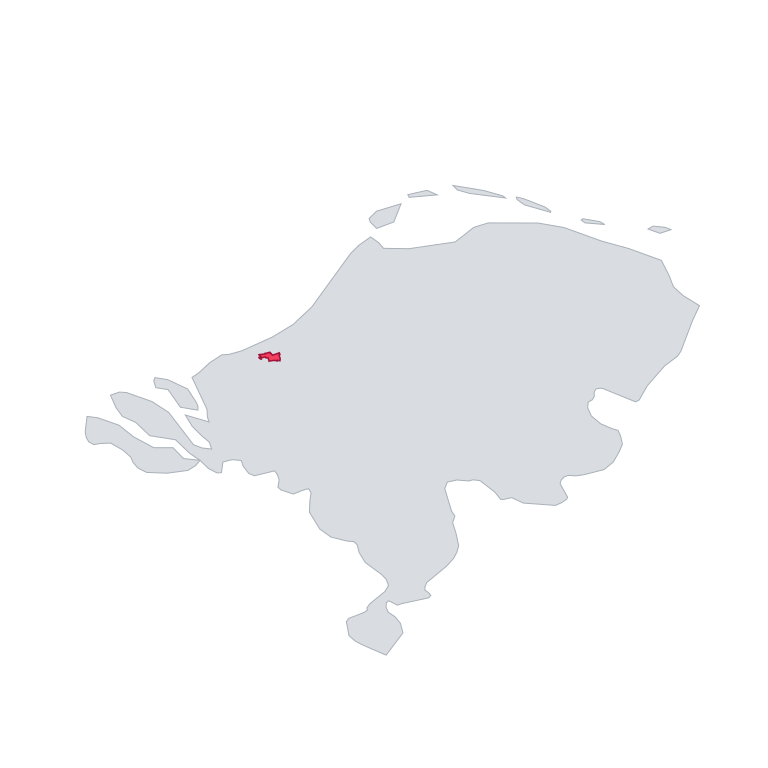 location of Leidschendam-Voorburg, Zuid-Holland, Netherlands, rotated 22°
{"feature_id": "6326949B15428140131776", "entity_name": "Leidschendam-Voorburg", "entity_type": "district", "adm_level": 2, "iso_a3": "NLD", "parent_name": "Netherlands", "parent_adm1": "Zuid-Holland", "projection": "robinson", "projection_center": [4.405, 52.093], "detail": "fine", "context": "in_parent", "style": "filled", "palette": "rose", "viewbox_px": 768, "rotation_deg": 22, "n_neighbors": 0, "source": "geoboundaries", "source_scale": "gbopen_adm2", "svg_char_len": 5568}
<svg xmlns="http://www.w3.org/2000/svg" viewBox="0 0 768 768"><g transform="rotate(22 384 384)"><path d="M487.5,634.6L473.4,634.3L460.2,633.9L453.2,633.0L445.7,630.4L442.3,624.9L438.1,618.4L439.2,614.4L451.5,602.9L453.3,599.8L452.0,598.1L453.2,593.1L462.6,576.0L463.7,569.2L459.4,564.4L453.3,561.6L433.4,556.5L423.9,549.4L419.5,543.2L415.0,541.4L408.5,543.5L392.1,545.8L378.7,542.5L362.8,530.7L359.1,520.2L357.1,512.1L353.2,509.3L347.9,513.5L341.2,520.0L327.9,520.8L324.2,519.3L323.5,515.7L322.7,512.2L319.1,507.9L315.1,505.5L298.3,517.6L292.1,517.6L284.2,512.9L280.3,508.4L271.6,511.0L263.9,516.6L266.5,527.1L262.4,529.0L252.8,528.1L242.0,523.7L229.9,521.1L211.6,513.8L186.1,519.7L168.4,512.7L153.6,512.0L144.5,506.4L134.6,496.8L141.7,490.6L148.4,488.4L175.4,487.2L195.0,491.0L230.2,511.7L239.1,511.5L248.6,508.9L243.8,503.3L235.0,500.6L221.9,495.0L211.4,487.2L236.0,484.7L232.6,480.7L229.4,473.8L203.5,449.8L208.0,443.3L214.5,429.4L222.6,417.8L229.1,414.7L239.7,406.5L262.7,382.5L277.4,362.9L288.2,339.6L304.1,275.6L308.8,264.7L316.4,252.7L326.0,254.9L332.7,258.4L356.3,249.3L396.8,225.6L408.6,205.1L420.3,195.6L466.7,177.0L492.3,171.5L531.9,170.0L560.5,166.7L594.9,165.5L608.1,177.0L615.9,185.4L628.2,190.0L647.2,193.2L646.3,209.8L647.0,242.5L645.7,248.3L637.4,262.1L628.8,286.9L626.6,303.2L623.9,306.3L587.6,306.2L582.5,309.0L581.8,312.6L583.7,316.8L582.9,320.9L580.1,324.3L581.7,329.7L588.1,335.9L599.7,339.7L611.9,340.0L618.3,339.3L622.9,343.7L627.6,350.5L627.4,359.0L625.8,370.4L620.1,380.9L603.5,393.1L596.1,397.4L589.1,399.6L585.7,402.8L584.2,406.9L584.6,410.5L596.7,420.2L596.5,422.5L593.1,427.5L588.5,432.3L557.8,442.2L545.0,441.5L537.8,446.4L535.5,447.3L527.4,442.8L509.3,437.6L502.6,439.4L498.8,442.2L487.5,445.7L479.5,451.2L479.5,458.2L494.1,476.4L499.2,479.9L499.5,486.7L506.5,495.2L513.8,505.9L514.6,512.7L513.9,519.5L510.3,529.3L498.0,552.0L497.9,556.4L499.0,559.7L503.3,560.7L506.6,562.4L505.7,565.4L482.4,581.2L479.4,584.0L469.6,583.2L468.1,585.9L469.5,590.1L473.3,593.9L481.7,595.8L488.9,599.8L494.8,607.7L487.5,634.6ZM242.0,523.7L239.9,530.3L234.5,537.6L216.2,548.0L197.0,554.9L187.2,554.1L180.4,550.5L176.8,546.7L166.6,543.1L152.6,541.2L143.8,545.2L137.5,548.9L132.1,548.3L128.0,545.2L124.9,540.4L120.8,525.3L131.3,522.5L153.9,521.5L171.5,526.8L194.5,529.3L212.2,522.1L226.1,528.2L242.0,523.7ZM203.8,462.2L217.3,471.7L220.1,474.7L221.2,478.0L204.0,481.8L185.8,470.1L173.8,472.9L169.3,467.3L169.3,463.9L181.7,461.0L203.8,462.2ZM332.4,230.1L318.9,242.5L310.6,239.0L308.2,236.1L312.4,226.5L332.3,210.5L332.4,230.1ZM392.1,175.2L379.4,176.6L373.6,174.1L404.2,167.2L423.5,165.1L427.0,166.0L392.1,175.2ZM474.1,162.4L447.3,165.3L438.2,163.1L436.7,161.1L444.0,159.9L466.9,159.6L474.0,161.4L474.1,162.4ZM362.5,188.7L337.4,201.5L335.2,199.5L351.4,188.3L362.5,188.7ZM583.4,140.9L570.8,141.4L574.4,136.8L586.0,133.4L592.3,133.4L583.4,140.9ZM529.0,153.4L510.0,159.3L505.4,158.1L506.5,156.3L523.2,152.6L529.0,153.4Z" fill="#d9dde1" stroke="#a8b0b8" stroke-width="1"/><path d="M268.9,405.9L269.0,405.8L268.9,405.7L269.6,405.4L271.3,404.4L271.5,404.3L271.8,404.1L273.6,403.1L273.8,403.1L274.2,403.0L274.3,403.0L274.5,402.9L274.9,402.9L275.0,402.8L275.3,402.8L275.5,402.8L275.6,402.7L275.8,402.7L276.0,402.7L276.4,402.6L276.3,402.3L276.2,401.9L276.9,401.8L278.8,401.5L278.7,401.1L278.4,399.7L278.1,399.3L278.1,399.2L277.9,399.0L277.7,398.7L277.2,398.1L276.9,397.8L276.7,397.6L276.5,397.3L276.4,397.1L275.9,396.5L275.7,396.2L276.0,396.0L275.9,395.9L276.0,395.6L275.9,395.4L275.9,395.2L276.0,395.2L275.8,395.0L275.4,394.4L275.2,394.3L275.1,394.5L274.9,394.6L274.7,394.8L274.4,395.0L274.2,395.2L274.1,395.3L273.9,395.5L273.7,395.6L273.5,395.8L273.4,395.9L273.2,396.0L273.0,396.3L272.9,396.4L272.8,396.5L272.7,396.7L272.6,396.8L272.4,397.0L272.2,397.1L272.0,397.3L271.9,397.3L271.6,397.5L271.4,397.6L271.2,397.8L271.0,398.0L270.9,398.0L270.8,398.3L270.7,398.5L270.3,398.8L270.1,398.9L269.8,399.1L269.7,399.0L269.6,398.9L269.4,398.8L269.3,398.7L269.2,398.7L268.9,398.6L268.5,398.3L268.4,398.2L268.2,398.1L267.9,398.0L267.6,398.1L267.7,397.9L267.2,397.7L266.9,397.6L266.6,397.5L266.2,397.3L265.9,397.5L265.7,397.7L265.6,397.8L265.4,397.9L265.2,398.1L265.0,398.3L264.9,398.3L264.8,398.5L264.7,398.5L264.4,398.7L264.2,398.9L264.1,399.0L263.6,399.3L263.4,399.5L262.8,399.9L262.6,400.0L262.3,400.2L262.2,400.2L262.2,400.3L262.1,400.5L262.4,400.7L262.1,400.8L260.7,401.7L260.4,401.8L260.1,402.0L259.9,402.1L259.0,402.6L258.7,402.8L258.4,402.9L258.5,403.0L258.0,403.3L257.9,403.3L257.7,403.4L257.1,403.7L257.2,403.8L257.8,404.0L258.4,404.3L258.9,404.5L259.1,404.6L259.3,404.7L259.5,404.8L259.9,404.9L259.8,405.0L259.7,405.0L259.4,405.2L259.3,405.3L259.2,405.3L258.9,405.5L258.7,405.7L258.6,405.8L258.4,405.9L258.3,406.0L258.2,406.0L258.2,406.3L258.3,406.3L258.4,406.5L258.8,406.8L259.1,406.7L259.3,406.5L259.4,406.4L259.5,406.5L260.0,406.8L260.1,407.0L260.2,406.9L260.3,406.8L260.5,406.8L260.4,406.7L260.5,406.7L260.4,406.6L260.5,406.6L260.4,406.4L260.2,406.3L260.0,406.1L259.9,406.0L260.0,406.0L260.7,405.7L260.8,405.6L261.0,405.4L261.3,405.2L261.5,405.1L261.7,404.9L261.9,404.8L262.0,404.7L262.4,404.4L262.7,404.2L262.8,404.1L263.1,403.8L263.2,403.7L263.3,403.7L263.5,403.6L263.9,403.5L264.0,403.6L264.2,403.8L264.3,403.9L264.4,404.0L264.5,404.0L264.7,403.9L264.8,403.8L265.2,403.6L265.3,403.5L265.5,403.7L265.9,403.6L266.1,403.5L266.1,403.4L266.4,403.3L266.5,403.2L266.6,403.3L266.8,403.4L267.6,404.2L267.7,404.3L267.8,404.5L268.1,404.8L268.2,405.0L268.3,405.1L268.5,405.4L268.7,405.5L268.8,405.7L268.9,405.9Z" fill="#f43f5e" stroke="#9f1239" stroke-width="1.5"/></g></svg>